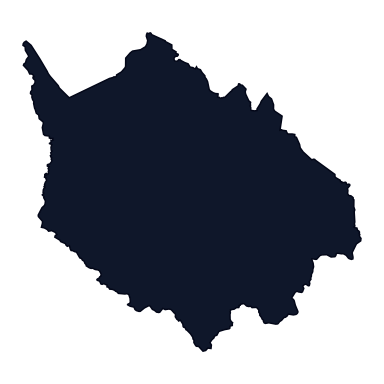 outline of Phnum Kravanh, Pouthisat, Cambodia
{"feature_id": "14789045B35445184191564", "entity_name": "Phnum Kravanh", "entity_type": "district", "adm_level": 2, "iso_a3": "KHM", "parent_name": "Cambodia", "parent_adm1": "Pouthisat", "projection": "orthographic", "projection_center": [103.822, 12.181], "detail": "fine", "context": "isolated", "style": "filled", "palette": "ink", "viewbox_px": 384, "rotation_deg": 0, "n_neighbors": 0, "source": "geoboundaries", "source_scale": "gbopen_adm2", "svg_char_len": 5849}
<svg xmlns="http://www.w3.org/2000/svg" viewBox="0 0 384 384"><path d="M348.8,184.1L347.8,184.4L346.5,184.2L346.1,182.6L345.5,182.2L342.0,182.8L341.9,181.8L340.5,181.6L340.3,180.3L336.0,177.8L335.0,176.8L334.9,174.4L315.4,160.2L314.7,159.4L313.7,159.2L311.7,159.8L303.1,151.9L300.2,147.8L299.6,144.5L296.4,137.3L294.7,136.8L294.8,134.5L292.1,134.0L288.0,134.0L286.9,132.7L286.2,130.8L282.5,130.3L281.5,129.7L280.0,130.2L282.1,116.1L274.8,111.2L274.1,110.2L273.5,108.9L273.6,104.8L271.5,98.9L268.5,96.5L267.1,93.5L261.3,101.2L260.3,103.7L257.0,109.0L257.1,110.5L254.5,110.9L251.1,110.4L250.8,110.0L250.7,107.2L250.0,105.9L250.6,105.2L250.3,104.0L250.6,102.3L248.8,100.8L245.7,94.2L245.2,91.8L246.0,89.1L242.7,85.6L242.0,85.1L240.7,85.1L239.7,83.9L238.6,83.9L238.1,85.9L232.3,89.7L231.6,91.1L230.9,91.4L224.9,97.3L223.3,97.4L222.1,98.2L221.4,97.8L220.5,98.2L219.7,98.0L219.3,97.4L217.6,97.0L218.1,94.7L218.0,93.7L215.7,93.6L213.3,92.8L210.2,90.8L209.2,89.5L207.6,81.7L206.4,79.1L205.0,77.3L204.9,75.8L202.1,72.6L200.4,69.7L197.4,68.6L196.5,66.8L195.3,68.8L194.2,68.5L193.0,67.6L190.1,67.1L188.1,63.8L184.8,62.6L180.7,60.4L180.0,59.6L178.8,59.6L177.6,61.0L176.0,61.3L174.8,60.9L174.1,59.9L174.0,58.1L175.3,56.4L177.3,56.2L178.2,55.1L178.2,54.3L175.7,53.2L176.1,51.9L171.9,49.3L171.8,44.9L165.1,41.4L165.2,40.8L151.8,34.7L150.9,33.2L150.1,32.8L149.1,33.6L147.2,33.1L146.6,34.3L146.3,36.2L147.7,40.5L147.0,43.9L145.5,46.7L140.6,49.7L132.5,51.1L130.2,52.9L125.7,58.1L125.6,66.0L125.3,67.4L121.5,71.9L116.6,74.9L116.5,76.0L115.8,76.9L113.8,76.9L112.7,77.6L109.6,78.4L69.2,97.8L59.3,88.0L58.2,85.6L50.2,76.4L48.2,73.6L47.2,71.4L40.0,59.2L31.1,45.3L26.1,41.1L24.2,42.3L23.2,43.8L23.0,45.4L25.1,46.7L25.4,50.4L28.5,55.7L28.7,56.5L26.4,59.5L25.5,62.9L24.0,63.8L23.4,65.3L28.1,70.4L29.7,74.0L31.6,74.0L32.8,74.6L34.6,77.3L33.3,76.5L32.9,77.9L33.6,79.0L35.0,80.2L35.1,82.5L33.7,85.1L31.8,86.1L32.0,90.0L30.7,91.8L30.5,93.1L30.5,93.6L31.9,94.9L32.2,96.3L31.8,96.9L32.6,99.6L33.9,101.7L33.6,103.2L34.6,108.2L35.2,109.4L36.3,113.2L38.7,115.0L39.2,118.7L43.2,122.0L43.3,123.6L42.3,127.6L43.6,134.5L44.1,134.6L44.9,135.5L48.9,136.0L49.4,136.4L49.3,137.9L50.3,138.4L52.8,138.4L52.6,139.1L53.2,139.9L52.2,140.6L51.0,140.3L51.1,142.4L49.5,143.3L49.5,143.6L51.8,144.5L51.0,147.3L51.2,150.2L52.0,151.1L50.7,152.8L51.5,154.6L50.4,155.6L50.9,157.1L51.7,157.7L51.2,159.2L51.9,160.5L51.5,161.8L49.7,164.0L48.0,164.4L47.3,165.0L47.4,166.2L49.1,166.7L48.1,168.6L49.0,170.3L48.3,171.1L48.5,173.7L47.7,174.2L46.2,173.4L44.8,174.4L44.8,175.0L45.8,175.4L44.7,176.1L44.5,177.2L46.2,178.0L45.9,178.8L46.6,179.9L46.2,181.2L45.4,182.1L44.5,184.7L44.9,185.3L44.1,186.5L45.0,187.1L45.0,187.6L44.2,187.9L43.3,189.8L43.1,192.7L43.6,192.8L43.7,193.7L42.3,194.9L44.1,196.7L43.7,197.7L45.2,200.5L45.4,201.5L45.0,204.2L44.4,205.5L42.0,207.7L38.2,215.1L38.4,216.6L42.5,221.3L42.4,223.4L41.4,227.3L44.3,227.9L47.2,229.5L48.6,231.2L51.7,230.6L55.3,232.4L56.9,234.5L55.3,235.5L54.8,237.1L59.8,240.1L60.7,241.6L65.4,243.6L66.1,245.2L67.3,246.3L69.4,245.6L70.3,249.1L71.1,250.5L72.6,250.6L74.8,251.7L76.5,252.1L79.8,257.9L81.5,258.5L82.4,260.1L84.2,261.3L84.8,263.2L86.2,264.8L86.2,265.8L89.3,267.8L91.1,268.4L92.6,268.2L95.2,269.5L97.9,269.9L99.5,270.8L101.2,274.1L100.7,276.3L99.7,276.9L99.0,278.2L97.4,279.0L96.9,279.7L97.2,280.3L99.6,281.1L101.0,284.0L102.1,284.3L104.3,283.6L105.1,284.4L107.0,284.9L107.0,286.9L108.6,287.3L109.6,289.1L112.5,289.4L114.8,290.4L115.5,291.2L116.7,291.6L118.4,293.4L124.9,294.0L127.0,293.7L128.8,294.5L130.1,298.5L130.3,302.4L129.5,303.4L127.6,304.4L127.6,304.8L130.1,306.2L134.0,307.1L135.0,309.5L136.4,310.6L139.0,311.4L140.3,311.3L144.5,307.9L149.2,305.5L150.4,306.5L152.4,309.4L154.5,310.4L156.5,312.1L158.8,312.5L159.8,312.2L162.8,308.4L165.2,309.6L169.0,309.0L171.2,309.6L174.2,313.0L175.0,313.4L175.5,314.8L175.3,316.8L176.9,319.3L177.9,319.9L178.6,321.0L180.4,320.2L182.8,324.0L183.2,326.7L183.7,327.2L184.9,327.4L186.1,329.8L187.0,330.2L190.5,333.8L192.8,337.3L193.0,339.0L194.0,340.2L193.9,342.6L195.8,345.8L196.7,346.3L198.6,346.4L203.0,351.2L205.7,350.5L207.8,348.1L211.0,348.5L211.4,345.0L210.0,342.6L211.8,339.9L214.0,337.8L214.3,336.5L215.5,335.6L216.8,335.3L218.9,331.4L224.7,329.6L229.1,328.8L229.9,328.1L229.9,326.5L230.3,326.0L232.3,325.5L232.3,323.1L232.6,322.8L231.0,321.2L230.1,319.4L230.0,314.4L230.4,312.7L230.0,311.8L230.6,310.4L230.5,309.7L234.1,309.2L236.5,307.6L238.7,307.6L239.2,306.6L239.0,305.5L240.3,305.2L240.7,304.2L242.1,304.0L242.4,303.6L244.3,303.8L246.6,306.0L248.5,306.5L250.8,306.3L252.0,307.6L256.2,307.4L256.8,307.7L258.8,310.0L258.8,312.2L259.9,313.8L259.7,315.1L261.4,317.3L262.3,319.3L263.4,320.1L263.4,321.2L264.1,322.8L265.3,323.4L268.8,322.8L275.6,324.1L277.3,324.0L278.1,323.6L279.6,321.6L281.6,320.3L283.9,317.6L285.5,317.2L287.1,316.0L288.3,314.1L293.4,314.9L296.0,314.4L297.2,313.5L297.8,312.5L297.9,311.5L295.3,305.2L294.2,300.8L293.4,299.4L292.0,298.6L291.9,297.6L295.3,292.1L297.1,291.2L298.4,291.9L301.6,292.4L302.5,291.8L303.8,288.4L302.7,286.2L304.4,284.5L306.0,284.2L308.3,285.8L309.3,285.6L309.8,283.5L309.3,281.6L311.0,279.1L310.6,278.2L311.4,276.2L311.4,274.5L312.7,271.8L312.9,269.2L313.6,266.8L313.1,263.1L311.7,259.2L311.9,258.7L315.9,259.4L316.7,259.2L319.9,255.6L321.8,254.9L326.8,254.7L331.1,257.0L334.9,256.7L335.8,255.6L336.3,253.6L337.7,253.2L341.4,253.8L343.3,253.7L346.2,255.3L348.4,258.1L349.3,258.7L351.5,259.4L352.9,258.9L353.0,257.1L352.2,253.0L352.4,252.1L356.4,243.9L360.7,240.9L361.0,238.3L360.0,237.2L359.4,235.5L359.8,234.3L359.1,233.8L359.5,232.1L358.7,230.9L357.6,230.4L356.9,228.0L355.1,227.8L353.9,227.0L354.9,226.0L354.4,223.9L354.8,222.0L354.2,211.7L354.8,209.9L353.8,206.8L353.9,199.8L353.1,199.0L353.2,197.8L352.8,197.3L350.9,195.8L348.6,195.4L347.6,193.4L347.9,190.6L347.5,188.4L349.8,185.6L349.7,184.5L348.8,184.1Z" fill="#0f172a" stroke="#020617" stroke-width="1.5"/></svg>